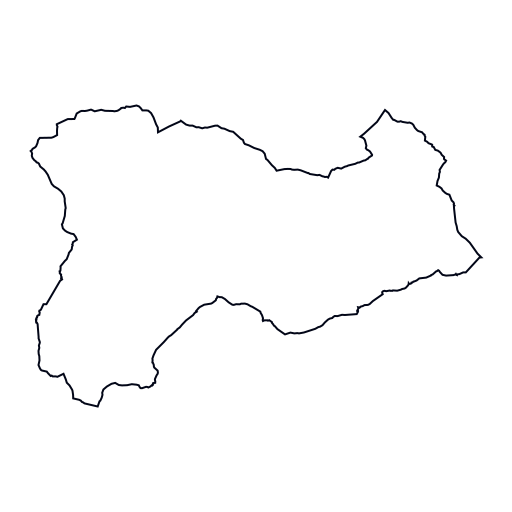 Jibert, Brasov, Romania (Albers equal-area conic projection)
{"feature_id": "2599482B80511177545168", "entity_name": "Jibert", "entity_type": "district", "adm_level": 2, "iso_a3": "ROU", "parent_name": "Romania", "parent_adm1": "Brasov", "projection": "albers", "projection_center": [25.05, 46.001], "detail": "fine", "context": "isolated", "style": "outline", "palette": "ink", "viewbox_px": 512, "rotation_deg": 0, "n_neighbors": 0, "source": "geoboundaries", "source_scale": "gbopen_adm2", "svg_char_len": 5970}
<svg xmlns="http://www.w3.org/2000/svg" viewBox="0 0 512 512"><path d="M299.0,333.4L303.9,332.5L315.3,328.8L318.3,327.1L320.0,326.7L322.5,325.2L324.8,322.5L328.0,319.6L329.8,318.6L332.3,318.0L333.3,316.9L334.7,316.0L337.6,316.1L342.0,314.8L344.9,315.0L356.7,314.1L357.9,311.9L358.0,311.4L357.2,311.1L357.2,310.5L357.9,310.0L357.8,309.5L358.4,308.4L358.1,307.3L359.3,307.6L359.4,307.3L360.1,307.3L360.7,306.6L362.7,306.1L364.5,305.1L367.9,304.9L369.6,304.1L372.8,301.1L382.7,294.2L382.2,292.9L382.2,292.1L383.1,291.2L384.5,290.8L386.2,291.2L389.8,290.5L390.2,290.8L392.5,290.8L392.9,290.4L397.2,290.7L400.8,289.7L402.1,289.0L404.6,288.5L405.9,287.7L407.9,285.5L408.6,284.4L408.7,283.4L409.1,284.0L410.6,283.7L411.5,283.2L411.5,282.6L412.8,282.2L413.5,281.5L414.1,281.5L416.6,280.5L419.3,278.4L426.2,277.6L431.0,275.5L431.2,275.0L432.6,274.5L436.1,271.4L437.2,271.0L438.1,270.2L439.2,270.9L439.8,271.9L442.5,274.8L446.1,275.6L453.5,275.1L455.6,274.4L455.9,274.0L456.4,274.8L456.8,274.6L457.1,274.9L457.3,274.4L459.4,274.1L463.2,272.4L465.8,272.4L479.4,257.6L481.3,257.4L477.5,253.6L469.8,242.7L465.7,238.7L461.8,236.2L458.2,232.0L457.3,229.8L456.7,226.2L455.6,222.5L454.1,208.9L453.9,205.9L454.4,205.6L453.7,204.6L454.0,203.6L453.5,202.3L451.7,200.5L449.4,194.7L446.9,193.9L445.3,192.9L442.7,190.5L441.5,188.4L439.4,186.8L436.7,185.5L437.5,181.0L438.9,177.6L439.2,173.6L439.9,171.9L439.6,169.9L442.9,164.7L443.8,163.5L445.3,162.2L446.1,160.6L444.2,159.3L444.0,158.7L444.1,157.0L441.7,154.8L440.7,152.9L440.1,152.3L437.8,150.6L435.3,149.9L433.7,147.0L432.3,146.6L432.1,146.1L432.2,144.8L431.9,144.5L428.5,143.2L427.2,141.8L424.9,140.6L425.3,136.7L424.6,135.6L424.2,134.6L424.3,134.5L423.2,133.7L422.1,132.3L418.2,131.0L417.0,130.1L414.8,127.7L413.3,124.8L411.9,123.5L409.4,122.5L407.8,122.8L402.4,121.9L400.7,121.2L399.1,121.7L397.5,121.7L394.2,119.9L393.3,119.9L391.7,118.0L388.5,113.0L385.0,110.0L377.0,121.9L364.1,133.7L360.3,136.7L363.1,137.9L364.3,139.1L365.0,140.4L366.4,145.7L365.8,148.2L366.9,149.6L368.4,150.3L370.0,151.5L372.1,154.8L372.0,155.5L368.6,157.7L368.0,158.7L367.2,159.0L365.3,160.3L363.6,160.6L359.2,162.5L357.7,162.6L355.3,163.8L348.2,165.5L347.1,166.1L344.8,166.7L341.2,168.6L337.7,167.8L335.3,168.8L334.3,169.8L332.5,169.6L331.1,171.0L328.1,177.6L326.9,176.8L324.9,177.0L323.6,176.5L322.4,176.3L319.5,174.9L317.3,175.2L309.8,174.0L308.4,173.0L307.9,173.1L300.7,170.3L297.8,169.6L294.2,169.8L292.0,169.6L290.6,169.0L287.9,168.9L284.4,169.1L276.6,170.7L274.8,167.9L271.9,165.2L267.5,160.0L266.0,158.9L264.7,153.7L262.6,151.2L259.8,149.8L254.2,148.0L248.8,145.3L244.9,144.0L243.9,142.7L243.0,140.0L240.8,138.7L233.2,131.8L229.7,131.1L224.4,128.7L221.5,128.2L217.5,125.6L215.0,125.7L207.2,127.7L205.0,127.5L202.2,128.3L198.7,127.2L196.4,127.3L192.6,125.6L189.6,125.6L186.1,124.6L180.8,120.7L180.2,121.4L169.0,126.5L158.0,132.3L157.8,127.5L156.1,124.3L153.5,117.4L151.1,113.1L148.3,110.7L146.3,110.4L142.4,110.4L140.7,108.1L139.0,106.4L136.5,105.5L130.0,106.9L126.2,106.5L124.9,108.0L123.3,107.7L121.2,108.0L120.7,108.7L118.4,110.3L117.0,110.9L114.4,111.3L112.8,111.0L105.0,110.8L101.2,109.8L94.7,111.3L91.3,109.7L90.7,109.7L87.0,110.7L84.9,111.0L81.8,110.9L80.4,111.3L76.7,113.5L74.9,118.1L74.4,119.0L67.7,119.1L56.8,124.2L56.8,125.0L57.5,126.8L57.2,127.8L57.0,130.8L57.1,135.1L53.3,137.1L51.5,137.7L39.8,137.9L38.1,140.1L37.5,143.0L36.1,146.3L35.0,147.4L32.6,148.8L32.0,149.9L30.7,151.0L31.4,151.7L32.1,153.5L31.8,155.8L32.5,157.9L34.3,160.2L35.7,161.2L36.6,162.4L37.6,162.6L38.9,163.6L40.2,166.5L44.2,169.8L44.5,170.4L45.3,171.1L47.8,174.8L51.7,183.9L53.9,186.3L58.1,188.8L61.3,191.5L63.8,195.2L64.7,198.6L64.7,201.4L65.7,208.1L65.3,209.4L64.8,216.0L62.6,223.4L61.9,224.3L62.9,228.4L65.0,230.6L67.1,232.0L71.0,233.6L73.6,234.1L75.7,236.9L76.9,239.7L72.9,242.2L72.7,243.8L72.2,244.5L72.7,245.3L72.0,246.9L71.8,249.0L71.5,249.7L68.9,252.9L68.6,254.4L66.7,259.2L64.9,260.9L60.5,266.3L60.6,267.7L60.4,270.6L60.2,271.0L59.6,271.3L59.9,272.1L59.7,273.0L60.1,273.7L61.1,274.5L61.0,275.9L61.7,277.2L61.0,278.1L61.2,278.7L61.9,278.9L62.1,279.4L60.1,280.8L46.4,304.2L43.5,304.2L41.0,309.5L40.5,310.1L39.4,310.6L39.2,311.4L39.7,312.6L39.3,314.9L38.1,315.3L37.1,316.2L37.2,317.0L37.0,317.6L36.6,317.7L36.0,319.2L36.4,319.5L36.0,320.5L36.0,320.9L36.3,321.2L36.1,322.0L36.3,322.7L37.0,322.9L37.6,324.1L38.6,336.9L38.6,338.4L39.8,342.0L39.8,342.8L38.9,345.5L39.3,347.9L38.5,350.9L38.7,354.0L39.3,356.1L39.5,360.4L38.5,365.0L39.9,368.3L40.9,369.9L41.9,370.5L46.8,371.6L47.9,373.1L50.7,376.0L51.7,375.6L52.7,376.4L55.8,376.4L57.4,376.8L63.5,373.8L65.8,379.4L66.8,382.7L69.5,385.4L72.1,389.7L72.5,390.8L73.1,395.0L73.2,398.4L79.2,399.8L80.8,400.6L82.0,402.0L83.0,402.3L84.5,403.4L97.7,406.5L99.5,401.3L100.3,400.7L101.7,397.7L102.5,394.8L102.2,392.8L103.4,389.5L106.9,386.5L111.5,383.8L115.2,382.9L118.8,385.0L122.0,385.4L127.1,385.2L131.8,384.2L136.6,384.7L138.8,385.3L139.5,386.8L140.5,388.1L142.0,388.2L146.1,386.8L147.5,387.0L148.3,387.5L150.4,386.5L152.2,384.9L152.5,385.3L152.8,385.0L152.7,384.3L153.1,383.3L153.5,383.5L153.9,382.9L155.2,382.8L155.3,381.5L154.9,379.8L155.0,378.9L156.6,375.3L157.7,373.7L157.9,372.3L157.6,370.6L154.2,367.5L153.8,366.1L153.8,365.0L152.9,362.7L152.4,362.5L152.6,360.1L152.4,358.6L153.5,355.4L156.1,349.8L163.8,342.1L167.9,337.5L169.2,336.3L171.1,335.2L177.2,329.6L177.3,329.2L179.8,327.4L182.0,324.7L186.1,320.4L193.1,315.1L194.6,313.0L196.7,311.7L196.1,311.1L198.6,308.1L199.9,307.0L204.2,304.7L211.1,303.6L212.3,303.0L215.8,300.3L216.1,298.9L217.0,297.9L217.4,296.4L219.5,297.1L221.8,297.2L224.9,299.0L228.6,302.3L232.3,304.7L233.7,304.9L236.1,304.2L239.8,304.3L241.1,303.7L244.9,303.6L247.5,304.3L250.7,306.2L252.3,306.8L260.3,311.6L260.6,312.8L262.0,315.2L263.0,318.2L262.7,320.1L263.0,321.0L264.6,320.3L267.5,320.3L268.0,320.7L269.2,320.2L271.9,322.1L272.1,323.1L273.2,324.3L273.9,325.6L274.9,326.2L277.4,329.1L285.0,334.4L290.4,332.6L294.4,333.4L297.4,333.1L299.0,333.4Z" fill="none" stroke="#020617" stroke-width="2"/></svg>